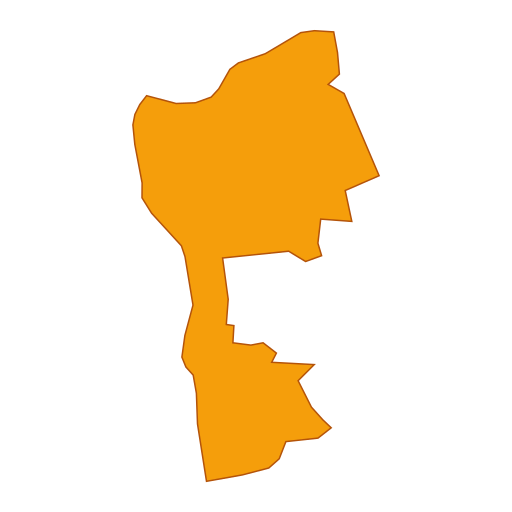 outline of Salacgrivas
{"feature_id": "LVA-5774", "entity_name": "Salacgrivas", "entity_type": "Municipality", "adm_level": 1, "iso_a3": "LVA", "parent_name": "Latvia", "parent_adm1": "", "projection": "equal_earth", "projection_center": [24.458, 57.674], "detail": "fine", "context": "isolated", "style": "filled", "palette": "amber", "viewbox_px": 512, "rotation_deg": 0, "n_neighbors": 0, "source": "natural_earth", "source_scale": "10m", "svg_char_len": 838}
<svg xmlns="http://www.w3.org/2000/svg" viewBox="0 0 512 512"><path d="M314.4,30.7L333.7,31.9L337.5,52.5L339.4,74.1L328.1,84.4L344.1,93.5L379.1,175.7L345.2,190.5L351.8,221.4L320.7,219.1L317.9,243.2L321.6,255.7L305.6,261.5L288.6,251.2L222.6,258.0L228.2,299.3L226.3,324.5L233.9,325.6L232.9,342.8L250.9,345.1L263.1,342.8L276.4,353.1L271.7,362.3L314.2,364.6L298.1,380.7L311.4,407.1L322.7,419.7L331.2,427.8L318.0,438.1L285.9,441.6L279.2,458.8L268.8,468.0L242.4,474.9L206.5,481.3L197.5,423.9L196.4,393.3L193.2,375.1L185.9,367.0L181.9,357.1L184.9,335.4L193.0,305.1L185.0,256.6L181.4,245.8L151.6,213.2L142.0,197.8L142.1,182.9L134.8,144.3L132.9,124.9L134.9,114.4L139.8,104.5L146.6,95.7L176.1,103.5L195.4,102.8L211.2,97.1L218.8,88.8L229.9,69.3L238.4,62.9L265.3,53.7L300.8,32.6L314.4,30.7Z" fill="#f59e0b" stroke="#b45309" stroke-width="1.5"/></svg>